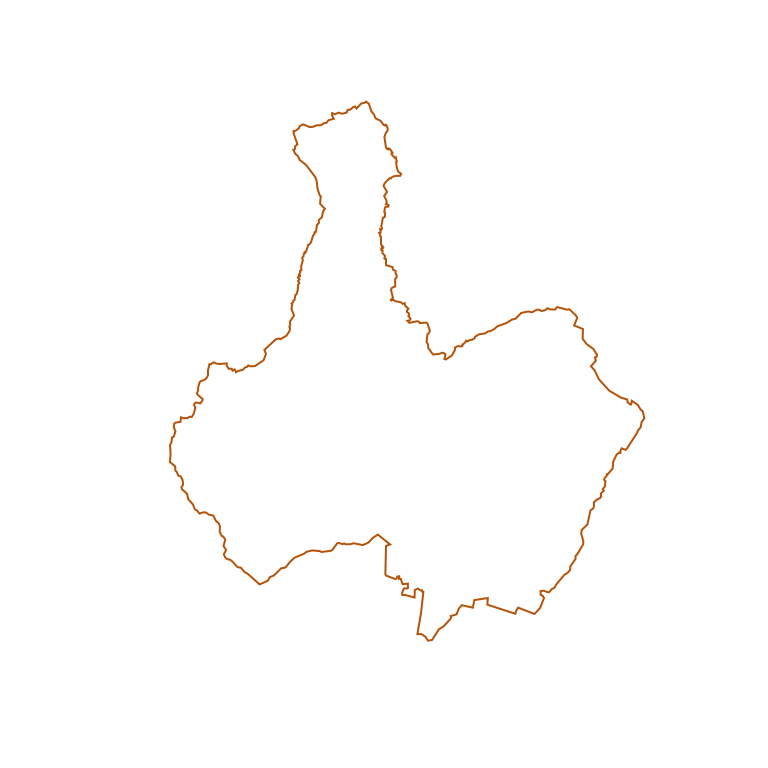 Vidra, Vrancea, Romania (orthographic projection), rotated 67°
{"feature_id": "2599482B20298155706242", "entity_name": "Vidra", "entity_type": "district", "adm_level": 2, "iso_a3": "ROU", "parent_name": "Romania", "parent_adm1": "Vrancea", "projection": "orthographic", "projection_center": [26.88, 45.916], "detail": "fine", "context": "isolated", "style": "outline", "palette": "amber", "viewbox_px": 768, "rotation_deg": 67, "n_neighbors": 0, "source": "geoboundaries", "source_scale": "gbopen_adm2", "svg_char_len": 6165}
<svg xmlns="http://www.w3.org/2000/svg" viewBox="0 0 768 768"><g transform="rotate(67 384 384)"><path d="M519.9,576.8L519.7,567.7L517.2,564.6L517.2,559.9L513.5,550.8L514.4,546.3L510.9,539.8L508.9,534.0L509.0,523.9L508.2,521.0L509.2,515.0L512.6,508.6L514.2,507.1L516.8,498.1L516.4,496.1L512.3,489.2L512.7,487.7L515.1,484.8L515.2,483.0L516.6,481.9L518.4,477.4L518.7,474.3L524.0,466.4L523.9,460.3L521.3,454.5L520.2,448.5L534.1,441.1L533.8,445.4L559.7,457.1L561.3,456.8L567.8,450.0L568.0,448.5L566.4,446.9L566.9,445.2L569.2,446.3L569.8,444.7L575.5,445.1L577.1,440.0L581.1,441.7L581.2,442.7L579.9,445.6L583.8,449.2L585.4,449.6L586.8,446.5L592.5,439.3L585.7,436.2L585.5,432.9L588.3,430.9L588.8,429.6L590.2,429.9L590.7,429.0L609.0,439.2L627.3,451.0L628.8,447.3L633.1,444.5L637.5,443.8L638.4,439.7L631.2,429.3L630.4,423.8L626.3,414.9L625.1,413.4L623.7,413.3L624.4,407.2L620.0,402.9L618.0,398.8L624.6,389.6L618.2,385.3L621.6,372.1L627.5,375.1L646.8,352.9L644.2,350.7L642.3,347.9L654.5,335.3L651.2,327.9L643.5,320.3L641.1,320.6L639.2,322.2L635.8,320.8L636.6,317.9L640.0,314.2L640.0,313.1L638.3,309.4L638.2,306.7L635.8,303.7L630.1,292.5L629.7,289.2L628.1,285.6L624.8,283.8L619.7,275.9L617.2,275.0L616.1,272.5L609.4,263.3L606.8,262.0L598.7,260.9L595.6,259.1L592.8,251.7L581.0,243.3L580.4,240.4L579.0,238.7L575.0,237.1L573.5,232.9L573.5,229.8L572.4,228.1L569.6,227.2L568.1,223.4L566.3,223.8L564.4,220.5L559.9,218.1L558.2,218.8L556.9,217.8L555.4,214.7L554.1,214.1L554.5,213.4L551.2,206.6L544.8,203.2L540.0,197.6L539.0,194.4L539.8,193.4L537.5,192.2L536.1,190.3L539.0,187.3L538.2,185.4L527.7,169.9L526.1,168.6L524.2,164.8L519.6,161.6L517.5,158.0L510.3,156.4L508.0,157.7L502.6,158.5L496.3,162.4L499.4,164.6L499.0,165.4L496.1,166.9L493.3,166.2L489.1,171.2L478.3,179.2L463.8,184.3L453.6,184.8L448.5,186.6L445.3,179.8L442.0,179.6L442.1,177.8L440.4,176.5L433.5,177.6L426.8,181.7L420.1,183.5L411.1,179.4L404.4,186.1L398.6,180.3L395.8,180.6L387.6,184.1L387.2,186.3L380.8,194.6L382.3,197.4L380.3,201.8L378.1,203.9L379.0,206.7L378.6,209.6L377.9,211.1L376.3,212.0L375.3,214.5L375.8,219.8L373.6,222.9L372.2,230.0L375.3,237.2L374.7,241.0L375.7,247.9L375.2,257.1L376.5,261.2L376.9,265.4L376.3,267.7L377.0,271.3L375.4,276.7L376.1,281.8L377.3,282.7L377.7,285.0L377.0,288.6L377.5,290.4L376.1,291.6L377.1,292.5L378.4,295.6L378.2,296.4L379.7,297.0L379.6,298.3L378.0,301.0L378.1,304.3L380.6,305.6L384.2,310.3L385.6,317.4L384.7,318.6L380.7,315.8L379.1,316.7L378.0,318.1L377.9,321.0L376.1,327.2L375.5,327.5L368.0,329.2L365.0,328.0L361.9,328.4L355.1,324.5L354.6,322.5L352.7,320.9L345.3,320.4L344.1,320.8L341.9,327.3L340.2,327.6L339.2,329.0L337.6,336.7L335.0,337.8L335.4,335.4L334.2,334.0L331.0,335.0L330.1,333.7L328.2,333.7L326.7,334.7L325.4,334.2L324.3,332.1L320.5,333.8L317.7,333.4L317.6,335.4L315.3,336.6L312.2,341.2L310.0,342.5L310.1,344.6L309.3,344.9L308.1,342.1L299.7,340.7L298.5,338.9L298.6,335.6L291.6,332.7L291.3,331.4L289.2,329.8L286.7,330.1L284.5,329.1L282.3,331.0L279.6,330.5L275.4,335.7L269.7,333.3L268.9,334.3L269.3,335.1L266.4,333.0L262.9,334.3L260.7,333.2L259.7,334.2L258.6,333.7L258.8,331.4L258.1,333.1L257.3,332.6L257.5,331.4L254.4,332.2L247.4,329.3L246.6,329.8L244.4,328.9L243.0,329.5L242.9,327.8L240.0,327.0L240.9,326.1L240.1,325.1L237.5,324.7L230.5,320.0L230.6,318.1L230.0,317.7L227.0,316.1L225.9,316.6L222.1,314.3L221.6,313.0L222.4,310.6L221.1,309.9L219.1,311.9L218.5,310.8L215.9,310.1L211.0,310.4L208.4,306.1L201.4,307.0L199.4,304.9L196.7,298.4L197.5,297.5L196.5,295.2L197.2,291.3L198.7,287.8L197.2,286.1L194.1,288.0L189.8,287.7L184.4,286.1L184.2,285.3L179.9,284.5L180.1,285.6L176.3,287.1L174.7,287.1L174.6,285.8L170.3,286.6L169.0,287.7L169.7,288.3L169.3,289.2L167.1,289.8L156.8,287.1L153.8,284.4L152.2,281.8L149.7,280.6L146.2,280.8L145.9,281.6L146.6,281.8L145.4,283.2L140.4,284.3L136.1,288.0L132.0,287.9L128.0,289.1L120.3,288.4L117.0,290.2L117.6,291.4L116.9,295.4L119.7,301.6L117.2,302.3L117.1,304.4L118.3,307.9L117.4,310.4L119.5,312.2L118.9,316.8L116.4,319.9L116.6,323.6L114.4,325.9L116.6,326.9L120.2,326.6L119.5,332.0L121.1,335.0L120.5,337.5L121.1,341.0L119.5,345.2L119.6,348.3L118.6,351.9L113.5,356.8L113.5,360.4L115.4,362.6L116.2,365.7L116.4,367.5L115.7,368.3L118.2,369.3L129.5,370.0L130.6,373.2L133.1,374.4L133.1,376.0L137.4,375.7L140.4,374.2L144.7,374.1L151.8,370.2L166.4,366.5L170.2,366.5L178.0,368.8L184.7,369.5L186.5,368.9L193.1,372.4L199.6,369.9L201.5,372.8L206.2,376.0L207.6,380.0L210.3,381.0L211.3,383.4L217.4,387.3L217.2,388.8L218.5,389.2L219.7,391.3L225.2,396.0L226.4,398.5L226.3,399.4L231.2,403.6L231.7,405.6L232.6,405.2L233.1,407.2L234.9,408.1L236.0,410.1L238.3,410.3L243.5,414.4L246.9,415.5L247.1,417.2L248.4,417.3L250.4,419.9L251.2,418.9L251.9,419.2L252.3,421.6L254.6,420.9L255.5,422.8L258.0,422.6L259.2,424.4L264.0,426.8L267.2,429.4L267.4,430.8L271.5,433.4L271.9,434.9L273.3,435.7L273.9,437.8L275.4,437.5L278.6,439.9L285.8,440.0L289.8,446.2L293.0,447.2L294.3,448.8L295.9,448.6L298.5,450.5L301.4,454.9L302.3,462.0L301.0,463.0L300.6,466.2L305.9,480.8L310.1,480.8L315.1,485.6L317.1,495.7L315.7,499.7L313.9,501.7L314.7,503.0L314.5,505.5L315.8,508.4L315.0,512.9L315.3,515.7L312.2,515.8L312.5,518.2L310.4,518.2L309.4,520.9L305.9,521.7L303.6,520.7L301.5,527.1L299.7,530.4L297.6,532.1L297.6,534.3L298.4,535.7L297.5,536.9L302.7,540.7L307.2,542.6L309.6,545.7L310.1,548.8L309.7,551.4L310.4,553.1L314.9,556.7L317.2,557.5L319.4,559.8L321.2,559.7L327.1,556.8L328.2,557.5L330.1,560.7L327.5,564.4L328.0,566.2L329.2,567.0L331.9,566.8L336.9,570.6L339.2,573.8L338.1,576.0L338.7,578.5L337.5,580.4L337.6,581.6L335.4,583.8L339.3,586.1L338.1,591.2L338.4,592.4L341.3,594.4L346.2,594.5L350.4,598.3L350.3,600.0L354.6,602.4L356.6,604.8L365.0,607.8L372.3,611.6L378.2,608.4L382.4,609.9L383.9,609.1L387.8,609.2L389.7,607.3L393.0,606.9L396.6,607.6L398.2,608.4L399.7,610.7L401.7,611.2L408.0,608.2L413.5,609.2L420.4,606.9L425.4,607.1L427.3,605.6L431.2,604.5L431.5,600.7L432.5,598.3L435.8,596.2L438.5,592.5L444.5,592.2L447.8,590.5L450.9,590.7L456.0,593.0L460.6,592.7L461.6,591.6L465.2,590.9L470.4,595.0L475.1,594.2L478.2,598.0L481.7,597.9L484.1,596.7L485.2,594.7L487.1,593.4L495.4,590.3L497.2,587.5L502.8,585.8L505.4,583.6L519.9,576.8Z" fill="none" stroke="#b45309" stroke-width="2"/></g></svg>